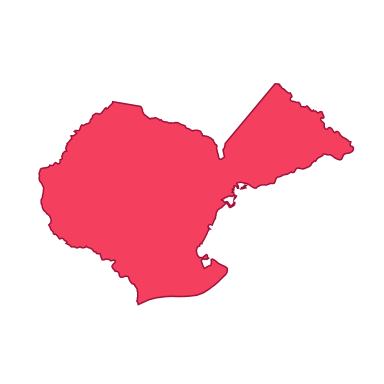 outline of Arroio Grande, Rio Grande do Sul, Brazil, rotated 8°
{"feature_id": "56859067B21343719092926", "entity_name": "Arroio Grande", "entity_type": "district", "adm_level": 2, "iso_a3": "BRA", "parent_name": "Brazil", "parent_adm1": "Rio Grande do Sul", "projection": "orthographic", "projection_center": [-52.86, -32.195], "detail": "fine", "context": "isolated", "style": "filled", "palette": "rose", "viewbox_px": 384, "rotation_deg": 8, "n_neighbors": 0, "source": "geoboundaries", "source_scale": "gbopen_adm2", "svg_char_len": 6013}
<svg xmlns="http://www.w3.org/2000/svg" viewBox="0 0 384 384"><g transform="rotate(8 192 192)"><path d="M234.7,189.2L233.5,187.9L233.3,186.4L231.9,186.7L232.2,185.2L233.1,184.2L231.6,183.9L233.3,181.9L232.7,180.4L233.6,179.8L234.6,180.0L235.8,180.7L236.6,182.0L237.6,181.9L237.0,179.6L235.0,177.4L236.0,176.4L238.8,175.6L240.8,175.6L242.4,176.0L245.5,175.9L252.1,179.1L253.5,179.4L255.0,179.2L256.0,177.8L258.1,176.3L260.2,175.2L263.0,174.8L264.4,174.8L267.1,173.5L267.9,172.8L268.9,172.5L270.4,172.5L272.2,171.9L272.8,170.0L273.3,167.3L274.0,165.9L274.9,165.2L276.7,164.7L278.3,163.8L279.6,162.6L284.3,160.9L286.7,158.8L287.9,158.6L289.0,158.8L290.4,158.2L291.9,154.6L293.2,153.5L298.5,153.8L300.0,153.2L304.7,150.4L305.8,149.2L306.8,146.6L309.2,144.0L310.1,144.3L311.3,141.8L312.2,140.7L315.2,138.6L316.5,137.4L316.9,136.1L318.2,135.9L320.2,136.3L321.2,136.3L323.8,135.9L326.1,136.8L328.6,138.3L330.3,138.9L332.8,139.5L334.3,139.5L335.4,138.8L335.9,137.8L336.9,134.1L338.8,132.6L342.7,131.4L345.1,129.5L345.7,128.3L345.9,126.6L345.4,125.3L344.4,124.6L343.1,124.5L342.0,123.5L342.3,120.2L340.6,120.1L337.3,118.0L333.6,116.7L332.4,116.0L330.8,114.8L329.8,113.3L328.9,112.5L327.6,111.8L326.2,112.1L325.6,113.3L324.4,113.2L321.5,109.8L319.7,108.9L318.2,109.4L317.3,110.8L316.2,111.2L315.2,110.9L313.9,109.2L313.5,106.1L312.5,105.0L310.1,103.5L309.4,102.6L309.2,101.3L310.0,100.4L311.4,100.9L312.3,99.7L311.8,98.5L309.5,94.6L308.4,94.5L307.1,95.0L306.2,96.1L304.9,95.9L303.2,94.6L301.6,94.9L300.8,94.0L300.2,95.0L299.2,95.5L297.9,93.8L296.9,94.0L296.7,92.7L295.4,92.5L295.0,91.3L293.8,90.8L293.0,91.6L291.9,92.3L290.9,91.9L289.6,92.4L288.1,92.1L286.3,89.1L285.4,88.4L282.9,88.7L280.1,88.1L278.5,88.3L277.2,87.8L276.3,86.6L276.7,84.7L277.7,83.8L277.1,82.2L275.4,80.2L274.3,80.6L273.1,80.3L270.1,78.4L269.2,77.5L268.2,77.1L267.1,77.1L265.3,74.9L263.7,74.5L263.9,73.4L262.8,73.0L259.2,73.3L218.1,139.4L218.2,141.5L217.9,143.9L216.8,145.9L219.3,152.9L216.3,155.6L214.7,155.7L213.7,154.4L212.6,150.9L211.9,149.8L210.1,144.9L210.4,143.1L209.6,141.9L208.2,141.4L207.5,140.2L206.3,138.9L205.5,137.2L204.5,137.0L203.6,136.3L200.5,135.1L198.4,134.7L197.0,134.9L196.1,134.6L194.8,134.9L193.9,133.0L192.9,132.2L192.1,130.7L188.9,130.1L185.4,130.7L184.0,131.3L182.8,131.1L180.1,129.8L177.5,129.6L175.8,127.3L172.0,126.7L168.3,125.3L165.3,125.7L164.0,126.4L161.0,126.5L160.0,126.9L157.3,126.2L154.7,126.3L152.7,126.0L151.3,124.7L149.9,125.4L149.1,124.6L145.6,123.5L144.3,123.9L143.5,124.6L142.4,124.4L141.2,124.8L140.4,125.6L133.9,121.9L131.9,119.5L131.6,117.8L130.8,116.3L130.0,115.1L129.0,114.4L100.9,113.6L100.9,115.1L100.0,116.5L97.9,119.2L97.1,120.7L95.8,121.5L95.2,120.6L94.0,121.6L93.5,122.8L91.0,126.9L89.3,127.9L87.5,127.4L85.8,127.6L83.9,129.2L82.9,130.4L83.0,132.3L81.4,134.5L81.1,137.1L79.9,138.5L77.8,139.3L75.1,141.3L73.6,140.9L72.7,142.5L72.1,146.0L71.3,147.0L68.1,147.3L67.0,148.4L69.6,149.9L68.6,151.2L66.7,152.9L64.4,153.2L65.6,156.1L64.2,157.3L63.3,159.2L61.5,161.6L62.2,162.7L61.3,163.4L60.9,166.2L62.2,169.0L60.7,169.4L59.9,170.1L58.6,172.0L58.7,173.2L58.1,174.5L58.9,177.2L58.0,177.9L56.9,178.3L57.2,181.2L56.7,182.2L55.4,182.8L52.8,181.8L51.5,183.2L51.0,184.6L50.0,185.3L47.4,185.2L47.2,186.3L46.1,187.4L45.1,187.9L39.6,189.6L38.6,190.8L38.7,192.1L38.1,193.7L38.2,195.9L38.8,197.5L38.6,199.2L39.4,201.9L40.6,203.3L41.8,204.3L44.4,208.2L44.7,211.2L44.8,214.7L44.5,216.3L44.7,218.0L43.7,220.9L44.3,224.5L45.4,226.0L46.0,228.2L47.5,230.6L50.2,232.5L51.6,234.0L52.9,234.5L54.3,235.5L56.1,238.5L56.5,240.2L56.5,242.1L54.7,244.6L55.8,245.8L57.6,248.9L60.1,250.9L60.5,252.5L61.6,253.2L62.7,252.7L64.8,254.1L67.3,256.9L69.5,256.1L70.7,256.0L71.6,256.6L72.3,257.7L74.4,258.2L75.3,259.4L74.4,260.4L77.1,261.4L78.3,261.5L79.0,262.5L80.4,263.2L83.0,262.6L84.9,263.3L86.0,263.4L88.2,262.2L89.4,262.0L90.4,262.5L91.6,262.5L94.1,261.7L94.9,260.5L97.1,261.6L98.6,261.6L101.5,262.8L102.4,264.0L103.4,264.8L105.1,264.7L105.7,265.8L106.6,266.3L109.5,265.9L112.2,271.5L113.3,271.6L114.6,271.3L115.6,270.6L118.3,270.2L119.8,270.6L120.8,271.4L122.1,271.2L124.3,270.2L125.6,270.7L125.4,272.8L124.5,273.7L123.1,276.2L123.3,277.4L125.0,279.4L126.0,280.0L126.9,281.3L128.2,281.0L130.0,281.4L130.8,282.4L131.8,285.1L132.6,286.0L133.7,286.4L136.2,285.6L137.1,284.8L138.9,284.5L140.7,284.7L142.3,287.8L143.4,289.3L145.1,290.9L146.4,291.4L147.9,291.4L148.4,292.8L149.5,293.7L151.0,295.6L151.5,296.7L151.7,298.1L152.4,299.1L152.4,300.6L152.9,303.1L152.6,304.6L153.0,306.1L152.5,307.7L153.6,308.8L154.4,311.0L164.1,304.8L170.9,301.9L180.2,299.3L186.4,298.1L192.6,297.5L200.0,296.3L204.6,295.3L210.9,293.6L212.0,293.1L216.5,290.7L218.3,289.4L223.1,285.2L224.5,283.6L227.1,281.2L229.7,278.2L236.9,268.9L237.7,267.2L237.9,264.4L237.5,262.6L235.5,261.4L228.5,259.2L224.5,256.7L221.4,255.5L220.4,256.4L221.0,258.9L221.0,261.7L217.2,264.0L216.2,265.1L214.7,265.8L213.7,264.5L211.2,259.9L210.7,258.8L211.2,257.5L212.3,256.5L213.5,257.1L214.7,256.4L216.1,256.7L217.7,255.2L216.3,254.3L216.1,252.8L215.2,251.9L214.3,252.5L211.7,255.4L208.7,255.9L207.3,254.9L205.9,253.4L204.7,250.4L204.5,248.6L204.8,246.5L205.7,245.0L207.1,244.5L207.0,243.1L207.6,241.9L209.0,241.9L209.1,240.6L210.5,237.3L212.6,231.2L212.9,229.2L213.8,227.6L213.6,226.4L215.1,226.1L214.0,225.3L212.9,224.9L212.8,223.2L213.8,221.8L215.3,221.7L216.6,222.0L217.8,217.2L218.9,214.7L218.7,213.1L219.0,211.6L218.8,209.8L219.4,207.8L220.2,205.9L222.2,204.1L223.2,203.5L227.0,198.7L228.5,198.6L230.1,200.2L230.8,201.5L232.0,202.1L234.7,200.1L235.9,198.6L235.9,196.5L234.8,196.2L235.1,197.5L234.2,198.3L233.5,199.6L232.5,200.0L231.2,199.7L228.9,197.0L227.8,196.6L225.5,197.7L224.4,196.5L222.3,195.7L223.5,194.7L224.5,194.3L224.9,193.2L226.4,192.8L228.7,191.1L230.0,190.6L231.5,190.9L232.9,190.6L233.8,189.7L234.7,189.2ZM240.0,182.1L242.5,181.4L243.4,180.7L244.7,180.4L243.7,179.4L245.0,177.8L243.3,177.9L242.1,180.0L240.6,180.6L240.0,182.1ZM234.7,189.2L235.5,190.4L234.8,191.5L234.7,193.4L235.9,191.5L236.6,189.8L234.7,189.2Z" fill="#f43f5e" stroke="#9f1239" stroke-width="1.5"/></g></svg>